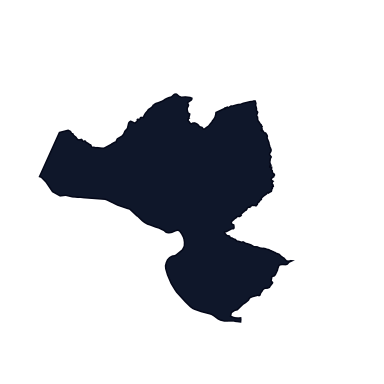 Bujoreni, Vâlcea, Romania, rotated 140°
{"feature_id": "2599482B76085305979225", "entity_name": "Bujoreni", "entity_type": "district", "adm_level": 2, "iso_a3": "ROU", "parent_name": "Romania", "parent_adm1": "Vâlcea", "projection": "equal_earth", "projection_center": [24.339, 45.168], "detail": "fine", "context": "isolated", "style": "filled", "palette": "ink", "viewbox_px": 384, "rotation_deg": 140, "n_neighbors": 0, "source": "geoboundaries", "source_scale": "gbopen_adm2", "svg_char_len": 6043}
<svg xmlns="http://www.w3.org/2000/svg" viewBox="0 0 384 384"><g transform="rotate(140 192 192)"><path d="M298.9,301.8L297.9,300.1L297.4,293.4L298.6,281.9L295.5,273.8L290.8,270.7L286.8,265.3L286.0,264.5L285.2,263.8L282.7,261.2L281.0,259.9L278.5,257.2L263.2,242.3L262.1,240.4L257.4,229.8L252.0,220.9L250.8,219.2L250.6,218.6L249.5,209.2L249.1,208.3L248.5,202.0L247.9,199.3L246.7,196.0L245.1,193.5L242.5,188.8L240.4,185.6L239.2,182.8L238.1,180.5L237.9,178.9L237.7,177.8L237.0,176.8L236.0,175.7L234.8,174.9L233.4,174.1L230.0,173.1L227.8,172.2L226.9,171.1L226.5,169.8L226.8,166.4L227.3,164.2L227.5,163.2L228.3,161.2L230.0,158.4L232.4,155.7L233.6,155.0L236.6,153.8L244.7,153.9L246.3,154.3L248.0,155.4L249.0,155.7L251.4,156.1L254.4,155.7L257.2,154.3L259.7,152.5L261.4,150.1L264.0,144.2L266.7,135.3L267.8,128.1L268.1,125.2L267.6,112.2L266.9,105.1L266.2,102.3L265.4,100.6L261.8,94.5L256.6,87.2L255.6,85.6L254.7,82.9L253.6,78.1L252.5,75.6L250.2,72.5L242.8,66.3L241.8,64.9L240.5,63.6L238.3,61.2L236.6,62.9L235.6,64.3L237.5,65.6L239.6,67.6L240.9,69.3L242.3,72.1L239.5,74.3L239.1,74.3L235.5,73.9L233.0,72.7L225.1,73.3L222.1,72.9L218.8,72.9L218.0,73.0L216.4,73.7L215.2,73.7L213.0,73.0L209.2,71.2L208.3,70.9L208.0,70.6L207.4,69.7L207.0,69.4L206.4,69.3L204.1,70.6L201.9,71.1L200.3,71.7L198.2,71.5L195.9,69.8L194.0,69.2L192.7,69.7L188.9,70.5L188.5,70.8L188.4,71.1L188.6,72.4L188.4,73.2L185.1,75.9L183.0,74.9L181.4,75.1L176.8,77.2L175.7,78.1L172.6,79.9L171.3,79.6L169.6,78.6L167.0,76.2L166.2,75.8L165.3,75.5L162.9,75.9L159.6,75.0L160.5,75.9L162.2,76.7L163.8,78.3L164.0,78.7L164.1,82.5L164.6,83.3L164.7,84.2L165.1,85.7L165.3,88.3L166.2,89.4L166.0,89.6L166.9,90.9L167.3,92.3L167.5,92.3L168.2,94.2L169.0,95.6L169.0,95.9L169.6,96.5L169.7,97.2L170.3,98.6L171.4,99.9L172.4,101.7L173.7,103.2L174.6,103.7L175.3,104.8L175.9,105.3L177.4,108.2L179.7,110.2L180.9,113.7L182.9,116.9L183.9,118.1L184.8,120.8L185.3,121.2L186.3,121.5L187.8,124.0L189.2,125.6L189.4,128.0L190.2,128.8L190.2,129.3L190.6,129.8L190.8,130.8L191.4,131.6L191.9,131.7L192.1,132.3L191.7,133.6L191.7,134.3L193.3,136.3L193.4,136.7L193.3,138.1L193.4,138.9L193.3,139.8L192.8,140.5L191.4,139.7L190.4,139.4L184.7,138.2L184.4,137.6L184.0,137.3L183.2,137.3L182.5,137.9L181.2,139.9L181.4,140.4L181.9,141.0L182.0,141.3L181.9,142.8L181.7,143.2L181.1,143.6L179.8,144.1L177.9,144.0L176.6,144.2L174.7,143.9L173.7,144.3L171.4,143.0L171.3,142.6L169.5,142.4L169.5,143.1L168.5,143.4L166.2,143.7L165.7,143.7L165.3,143.5L164.7,143.7L162.5,143.5L162.3,143.3L161.0,143.6L160.4,144.1L159.1,144.2L158.0,143.7L157.5,143.1L157.0,143.3L156.3,143.1L155.7,143.5L155.0,143.2L154.3,143.2L154.1,142.6L152.4,141.2L152.1,140.5L151.6,140.2L151.0,140.6L150.5,140.4L150.0,140.5L147.9,141.8L147.4,141.3L145.0,141.9L144.4,141.9L143.8,141.7L143.3,142.0L143.1,142.5L142.5,142.8L139.7,142.9L136.0,142.6L135.4,142.8L134.4,143.0L134.1,142.0L133.2,142.0L130.8,141.5L130.2,141.9L129.0,143.0L128.4,143.0L128.0,143.2L127.5,144.2L127.2,144.5L126.5,144.8L126.3,144.5L126.3,144.0L126.1,144.0L125.3,145.6L125.3,146.0L125.6,146.5L125.5,146.9L123.6,148.1L123.0,148.1L123.5,149.5L123.3,150.7L122.8,151.1L121.8,151.3L121.8,151.5L121.4,151.6L119.7,151.1L118.7,151.8L118.0,151.9L117.5,152.7L117.5,152.9L117.9,153.2L117.8,154.2L118.0,155.0L116.8,156.8L116.9,158.5L116.4,158.6L115.6,159.1L115.0,159.9L115.2,160.2L116.5,161.0L116.4,161.3L115.5,162.1L115.3,162.2L114.9,162.1L114.7,161.7L114.3,161.7L113.9,163.6L113.4,164.4L113.3,165.0L112.3,165.6L111.3,166.6L110.2,167.4L108.8,167.9L108.7,168.6L108.7,170.6L108.2,171.3L107.5,171.7L105.5,172.4L104.4,173.3L103.6,175.3L103.6,175.8L103.4,176.5L102.7,177.8L102.2,179.2L101.6,179.9L101.1,181.1L99.8,185.2L99.4,185.6L98.8,185.8L98.5,186.6L98.1,186.9L98.0,187.4L97.7,189.7L97.9,190.2L98.3,190.3L98.5,190.6L98.6,191.4L98.5,192.1L98.3,192.8L98.5,193.5L99.5,194.1L99.5,194.7L99.2,195.0L98.3,194.8L97.8,195.0L97.8,195.4L97.6,195.7L97.4,196.4L96.1,197.2L96.4,198.0L96.3,198.4L95.8,199.0L96.0,200.4L95.6,202.8L95.8,203.2L95.3,205.1L94.6,205.9L94.3,206.5L93.6,207.2L93.7,208.3L92.8,209.6L92.0,209.9L90.4,210.9L90.3,211.2L90.3,213.0L88.8,214.7L87.5,217.6L86.1,218.8L85.1,221.1L86.1,222.0L87.6,222.6L89.3,223.8L95.9,227.1L98.5,227.9L100.3,229.3L102.8,230.5L105.8,231.8L106.8,232.8L108.2,232.9L108.7,233.1L109.7,233.0L110.2,233.4L110.2,234.2L110.5,234.4L111.6,234.6L112.7,235.2L112.8,235.0L112.9,234.4L113.3,234.4L113.9,235.2L122.5,237.5L124.1,236.0L126.5,234.4L129.0,233.6L130.4,233.4L132.3,232.6L133.4,232.6L136.9,231.8L139.2,232.1L142.0,232.2L142.9,232.8L142.8,235.0L144.4,237.4L144.1,238.7L144.3,240.4L145.1,242.4L145.8,243.4L146.6,243.3L146.8,244.2L149.0,244.7L149.2,246.5L149.0,247.6L149.2,249.2L147.6,250.6L146.7,250.4L146.7,251.0L146.4,251.2L144.7,252.3L143.6,253.2L144.2,255.1L143.5,256.8L142.6,258.4L142.1,259.0L141.2,259.6L139.7,260.2L138.8,260.8L138.2,262.9L138.1,263.1L137.7,263.3L133.4,262.9L132.7,263.1L131.8,263.9L132.7,265.6L136.0,269.1L139.3,271.4L140.2,273.2L140.5,273.8L140.9,276.7L141.2,277.2L142.0,277.9L143.2,278.2L146.6,278.0L148.9,279.1L150.7,279.7L153.1,280.3L154.8,280.4L156.4,280.7L160.6,282.1L162.6,283.0L164.4,283.3L165.1,283.2L166.1,283.4L167.4,282.7L168.3,282.9L169.3,282.8L172.5,283.2L172.9,283.0L173.8,282.7L177.1,282.2L179.8,281.2L181.3,280.2L182.3,281.2L183.3,282.0L183.9,282.0L185.2,281.3L185.8,281.3L186.1,281.5L186.3,282.1L187.0,282.7L187.5,282.6L188.1,281.6L188.7,281.4L190.1,281.5L191.5,281.4L193.1,284.9L193.6,285.7L194.9,285.8L195.6,285.7L196.3,285.4L200.6,282.2L204.3,281.7L207.2,280.2L209.8,279.8L215.0,280.7L216.9,279.9L217.9,279.1L218.7,279.6L219.4,279.8L222.3,280.4L222.4,280.2L231.3,282.1L233.0,283.6L236.3,287.1L237.2,287.6L238.4,289.3L239.8,290.5L240.0,290.9L240.0,291.3L239.4,292.8L239.4,293.3L240.0,294.2L240.1,295.1L240.3,295.4L240.5,296.7L240.8,297.0L241.3,298.0L241.0,299.1L241.1,299.7L241.4,300.1L242.5,300.6L243.2,301.2L242.7,302.8L242.8,303.3L244.9,304.4L245.3,304.7L245.9,305.8L245.9,307.2L245.7,308.6L246.1,310.2L246.3,311.7L245.9,313.2L246.4,313.8L246.6,314.4L246.2,316.5L247.2,318.9L255.3,322.8L298.9,301.8Z" fill="#0f172a" stroke="#020617" stroke-width="1.5"/></g></svg>